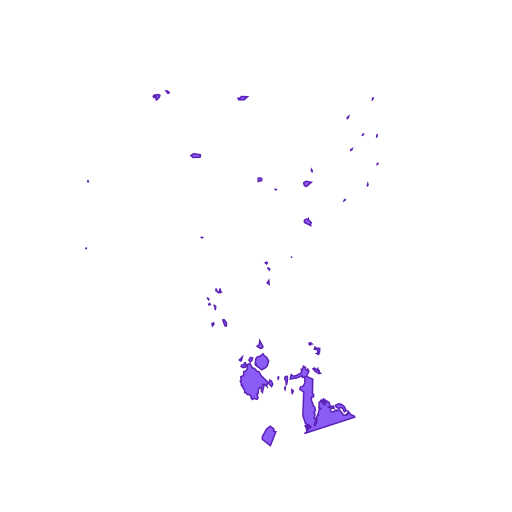 Torres, Queensland, Australia, rotated 342°
{"feature_id": "25037944B43303794043608", "entity_name": "Torres", "entity_type": "district", "adm_level": 2, "iso_a3": "AUS", "parent_name": "Australia", "parent_adm1": "Queensland", "projection": "equal_earth", "projection_center": [142.441, -10.073], "detail": "fine", "context": "isolated", "style": "filled", "palette": "violet", "viewbox_px": 512, "rotation_deg": 342, "n_neighbors": 0, "source": "geoboundaries", "source_scale": "gbopen_adm2", "svg_char_len": 6159}
<svg xmlns="http://www.w3.org/2000/svg" viewBox="0 0 512 512"><g transform="rotate(342 256 256)"><path d="M300.1,439.8L300.1,438.7L297.3,436.3L295.6,432.0L294.8,433.6L292.6,434.9L293.5,435.1L292.8,435.5L290.1,434.2L288.1,428.6L285.3,427.6L284.5,428.8L284.8,427.5L283.5,427.1L282.4,427.6L282.3,428.7L282.1,428.0L280.0,428.0L279.1,426.4L280.6,422.8L279.3,422.9L278.6,422.5L278.3,421.9L280.3,422.5L280.2,417.8L276.0,412.8L275.7,413.2L276.6,414.2L275.6,413.3L275.4,414.2L276.4,415.7L277.0,417.2L277.0,417.5L276.5,417.6L276.0,417.2L275.1,419.6L275.8,417.0L276.8,417.1L274.1,414.5L273.8,413.1L272.9,413.6L273.8,414.7L274.1,415.9L273.8,416.7L273.5,414.7L271.6,414.4L271.3,415.2L271.2,414.0L268.9,419.8L270.2,420.7L270.9,422.1L270.0,420.8L269.0,421.0L266.2,425.2L266.3,426.6L265.6,426.2L264.2,427.6L262.1,433.5L259.6,435.6L259.5,434.2L262.3,430.6L262.0,427.5L260.6,428.5L262.8,425.7L263.3,424.0L262.5,423.0L264.8,421.3L265.1,417.9L264.2,415.8L264.5,412.9L263.9,411.3L265.1,407.3L267.2,407.7L266.9,406.5L268.0,406.0L267.3,403.9L271.9,390.7L266.8,386.0L270.7,382.0L270.3,379.7L269.4,380.7L268.2,379.2L268.6,377.2L267.1,375.4L264.8,378.6L264.0,377.9L263.8,379.8L262.0,381.4L256.1,382.2L254.0,381.5L252.9,379.7L252.5,380.1L250.5,383.6L257.4,384.6L262.8,384.0L262.6,385.9L264.9,386.0L263.4,391.8L260.5,394.4L257.7,394.4L256.4,396.4L259.4,400.0L251.2,422.4L251.3,430.6L252.4,431.7L251.9,432.1L253.1,432.5L252.5,432.7L253.2,432.9L252.8,434.0L253.7,433.9L253.4,434.3L254.2,435.0L254.3,434.1L255.4,434.6L255.2,435.8L253.6,436.1L253.6,435.4L253.1,434.8L253.2,435.9L252.5,436.1L251.3,435.0L252.1,433.3L250.3,432.7L250.6,435.7L251.1,435.4L251.5,436.4L250.9,436.0L251.2,437.0L250.6,436.7L249.8,439.0L247.2,439.8L300.1,439.8ZM216.9,356.2L214.1,356.8L212.6,361.1L210.0,362.5L208.8,362.0L207.3,365.8L204.1,366.2L203.6,369.2L202.3,370.2L202.9,375.3L203.8,376.0L202.3,374.9L203.7,380.2L203.0,382.5L204.1,383.0L205.1,385.2L206.7,385.6L207.8,387.7L207.5,390.1L208.5,391.4L209.7,390.7L212.8,392.6L214.1,391.6L214.3,387.5L215.5,387.5L217.2,383.4L220.4,382.2L219.8,383.4L220.8,386.1L223.4,382.1L222.8,380.3L224.6,380.8L226.1,383.6L226.3,381.4L227.1,381.4L228.1,379.3L223.8,371.1L223.1,367.0L221.5,366.1L220.0,362.9L218.0,361.1L216.9,356.2ZM219.6,426.1L217.0,422.3L212.6,423.8L206.2,429.8L205.9,429.3L206.2,430.3L205.3,432.3L211.1,440.8L220.7,429.2L218.5,428.1L219.6,426.1ZM224.1,353.7L222.3,357.4L222.8,358.6L221.8,358.6L221.9,359.6L226.3,366.0L230.9,365.1L233.0,363.6L235.6,359.9L234.8,355.8L232.9,353.2L232.5,351.2L228.9,352.5L226.2,352.3L224.1,353.7ZM294.0,431.1L293.5,426.7L291.5,423.5L290.6,423.6L289.8,422.2L285.7,422.4L285.5,424.3L287.9,426.9L289.2,426.2L291.1,427.0L291.9,431.5L294.0,431.1ZM234.4,142.5L228.3,139.4L225.1,140.4L226.6,142.8L232.5,144.6L233.7,144.5L234.4,142.5ZM312.6,239.2L317.4,243.9L317.5,242.8L318.9,241.4L317.3,238.4L317.3,237.0L316.9,237.5L315.9,236.5L313.6,236.7L312.6,237.8L312.6,239.2ZM323.8,203.5L324.5,205.0L325.9,205.3L331.4,203.0L326.6,200.4L324.0,201.0L323.8,203.5ZM233.4,337.7L231.8,341.2L229.1,342.2L231.6,345.3L233.4,345.4L234.6,344.4L233.4,337.7ZM288.1,102.2L293.0,103.8L297.1,101.9L291.4,99.8L289.5,100.8L288.1,102.2ZM282.7,362.7L284.9,363.7L285.5,365.1L284.6,367.5L283.5,367.5L285.0,369.0L286.7,367.1L288.0,363.5L284.6,362.2L284.0,360.9L282.7,362.7ZM276.5,383.7L279.5,387.4L281.1,387.5L280.1,385.9L280.8,384.5L279.9,384.0L280.0,382.3L279.0,383.4L277.0,380.6L275.3,380.9L276.5,383.7ZM228.7,381.3L230.5,385.0L232.3,383.0L232.0,379.7L230.8,378.3L228.7,381.3ZM210.6,71.9L209.3,76.2L209.6,76.9L213.1,75.1L214.3,73.5L212.9,72.2L210.6,71.9ZM204.7,306.5L204.8,312.7L206.2,313.5L207.2,310.7L206.6,308.1L206.0,306.7L204.7,306.5ZM245.9,384.3L244.8,388.4L246.8,385.3L248.6,380.6L248.1,379.8L246.4,379.9L245.3,381.7L245.9,384.3ZM212.9,356.8L213.1,354.4L212.4,354.0L210.3,355.7L208.5,355.3L207.7,356.5L209.3,358.2L211.4,358.5L212.9,356.8ZM285.3,184.2L284.4,183.1L282.1,182.7L281.1,185.8L284.8,185.9L285.3,184.2ZM217.0,352.8L217.8,355.0L219.5,354.4L221.3,351.9L219.4,350.8L217.0,352.8ZM209.0,351.2L209.8,350.9L211.8,347.8L208.0,349.7L209.0,351.2ZM283.5,422.7L281.5,422.4L280.9,424.0L283.1,425.0L283.5,422.7ZM221.4,71.2L222.6,74.2L224.0,73.8L222.8,71.7L221.4,71.2ZM259.7,287.0L260.6,283.2L258.3,285.0L259.7,287.0ZM210.7,279.8L211.9,279.7L211.3,278.5L211.9,275.9L210.6,277.4L210.7,279.8ZM280.1,357.4L280.9,356.9L282.2,357.0L281.0,355.2L279.5,355.4L279.3,356.6L280.1,357.4ZM193.0,309.0L194.7,308.1L195.0,306.5L193.1,306.7L193.0,309.0ZM248.8,394.2L247.9,397.4L248.1,397.9L249.8,395.8L248.8,394.2ZM264.3,273.4L265.0,272.9L264.7,271.7L262.9,271.0L264.1,272.0L264.3,273.4ZM262.7,265.4L263.6,266.8L264.6,266.3L264.3,265.1L262.7,265.4ZM385.4,153.5L386.3,153.2L387.3,151.8L385.5,152.5L385.4,153.5ZM208.1,276.7L207.9,274.5L207.2,276.5L208.1,276.7ZM197.2,286.8L196.0,287.3L196.0,287.9L197.5,288.1L197.2,286.8ZM220.1,386.2L219.3,386.1L219.9,387.8L220.3,387.3L220.1,386.2ZM335.5,190.9L335.0,192.1L335.4,193.1L335.9,192.5L335.5,190.9ZM384.6,221.9L383.2,224.2L384.6,222.9L384.6,221.9ZM242.4,391.9L243.3,390.3L243.2,389.6L242.3,390.7L242.4,391.9ZM378.9,184.9L379.8,184.7L380.6,183.8L379.0,184.2L378.9,184.9ZM200.8,294.1L201.7,293.1L201.2,292.3L200.6,293.5L200.8,294.1ZM239.1,379.8L239.8,379.0L240.4,377.5L239.1,378.6L239.1,379.8ZM200.6,289.4L201.4,291.5L202.0,291.3L200.6,289.4ZM209.4,220.8L210.2,222.1L210.8,222.0L209.4,220.8ZM119.6,133.3L119.5,131.9L118.8,134.1L119.6,133.3ZM356.8,230.7L357.5,230.6L358.8,229.7L357.5,229.9L356.8,230.7ZM208.3,278.2L209.5,280.1L209.0,278.5L208.3,278.2ZM197.9,282.2L196.5,280.5L197.5,282.9L197.9,282.2ZM207.8,73.5L208.4,73.1L208.6,72.4L207.6,72.5L207.8,73.5ZM287.6,100.5L288.0,101.5L288.5,100.7L287.6,100.5ZM407.2,180.6L407.8,180.0L409.1,177.6L408.4,178.4L407.2,180.6ZM294.4,198.1L295.3,199.3L295.8,199.0L294.4,198.1ZM207.7,71.8L208.8,71.9L208.7,71.6L207.7,71.8ZM414.4,144.0L415.6,142.8L416.2,141.9L415.8,141.9L414.4,144.0ZM399.6,206.3L400.3,206.1L400.6,205.7L400.0,205.5L399.6,206.3ZM208.9,74.7L209.9,73.4L209.7,72.7L208.9,74.7ZM394.6,174.0L395.1,174.0L395.8,173.3L395.1,173.2L394.6,174.0ZM289.0,267.4L290.0,268.7L289.0,267.4ZM95.8,196.7L96.9,196.2L97.6,196.3L97.0,195.9L95.8,196.7Z" fill="#8b5cf6" stroke="#5b21b6" stroke-width="1.5"/></g></svg>